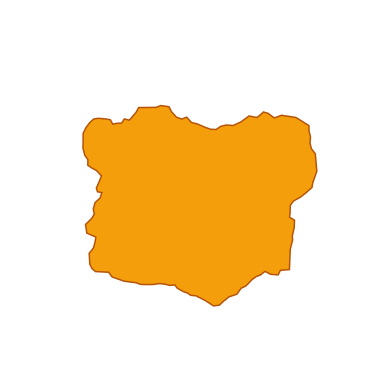 Ingazeira, Pernambuco, Brazil, rotated 33°
{"feature_id": "56859067B31203293354202", "entity_name": "Ingazeira", "entity_type": "district", "adm_level": 2, "iso_a3": "BRA", "parent_name": "Brazil", "parent_adm1": "Pernambuco", "projection": "robinson", "projection_center": [-37.421, -7.711], "detail": "fine", "context": "isolated", "style": "filled", "palette": "amber", "viewbox_px": 384, "rotation_deg": 33, "n_neighbors": 0, "source": "geoboundaries", "source_scale": "gbopen_adm2", "svg_char_len": 1590}
<svg xmlns="http://www.w3.org/2000/svg" viewBox="0 0 384 384"><g transform="rotate(33 192 192)"><path d="M316.0,204.0L312.8,198.7L305.6,186.5L302.5,177.4L300.1,174.3L297.2,166.4L293.3,159.8L287.5,160.0L285.7,156.2L281.7,149.6L282.1,144.1L285.7,137.4L287.9,131.0L290.2,122.9L288.4,118.9L285.3,106.5L274.6,92.8L268.4,90.6L264.1,86.4L261.5,81.4L256.8,77.0L254.0,72.7L248.2,72.7L238.5,72.9L225.3,78.9L220.6,85.1L213.0,84.6L208.3,86.0L207.3,90.2L205.8,94.2L198.4,97.2L194.9,106.5L190.3,113.8L184.2,117.2L180.3,121.3L178.2,126.4L173.5,129.2L167.8,130.6L159.5,132.0L153.8,134.0L146.7,132.2L143.7,136.4L138.2,137.7L131.3,135.9L126.2,133.0L118.6,136.6L115.9,140.5L101.3,150.2L101.7,155.8L101.1,160.4L100.3,165.9L95.5,167.5L95.4,172.6L91.5,175.3L88.7,178.3L84.2,175.9L80.1,177.6L73.6,181.0L69.8,184.3L68.4,189.6L68.0,196.0L68.8,202.2L74.0,210.3L76.5,214.4L82.1,219.6L87.1,221.6L90.0,226.3L94.3,226.5L100.1,226.0L107.3,227.8L108.4,233.3L109.7,240.9L112.6,243.3L116.7,241.6L118.2,247.1L116.5,253.6L118.4,259.9L122.1,263.8L122.3,268.7L120.4,277.2L126.2,283.8L135.9,282.2L138.0,286.8L139.8,292.6L139.2,299.5L145.7,308.3L149.9,310.7L154.4,311.3L165.8,304.7L171.3,306.8L183.8,303.7L194.7,298.5L199.0,297.6L203.2,295.1L209.4,291.0L214.7,286.5L219.4,284.1L224.3,282.4L228.3,279.3L232.0,280.7L239.0,280.3L242.7,279.3L247.3,279.3L251.9,276.9L262.2,275.8L272.1,275.8L276.5,272.1L278.1,266.0L280.1,259.8L285.3,253.3L285.6,246.0L288.3,241.6L289.3,236.9L290.0,232.9L292.0,227.8L294.5,224.5L296.5,218.8L302.8,218.2L309.4,214.6L308.8,209.5L316.0,204.0Z" fill="#f59e0b" stroke="#b45309" stroke-width="1.5"/></g></svg>